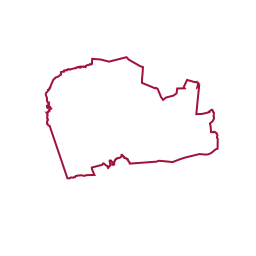 Hidalgo, Durango, Mexico, rotated 298°
{"feature_id": "50627088B92149873655635", "entity_name": "Hidalgo", "entity_type": "district", "adm_level": 2, "iso_a3": "MEX", "parent_name": "Mexico", "parent_adm1": "Durango", "projection": "orthographic", "projection_center": [-104.857, 26.045], "detail": "fine", "context": "isolated", "style": "outline", "palette": "rose", "viewbox_px": 256, "rotation_deg": 298, "n_neighbors": 0, "source": "geoboundaries", "source_scale": "gbopen_adm2", "svg_char_len": 5256}
<svg xmlns="http://www.w3.org/2000/svg" viewBox="0 0 256 256"><g transform="rotate(298 128 128)"><path d="M126.8,40.4L126.8,40.1L126.6,40.0L125.8,40.0L125.6,40.2L125.1,40.2L124.9,40.3L124.3,39.6L124.0,40.0L120.0,39.2L118.4,40.0L116.7,42.2L114.3,43.5L113.5,44.2L113.4,44.6L112.9,45.0L113.2,45.7L112.8,45.6L112.7,45.9L112.7,46.1L112.3,46.2L112.2,46.6L112.3,47.0L112.2,47.1L111.6,47.1L111.2,46.9L110.3,46.6L110.0,46.3L109.9,46.5L109.7,46.5L109.4,46.2L109.2,46.2L108.9,46.4L108.6,46.6L108.3,47.1L107.9,47.4L107.9,47.6L108.4,48.0L108.6,48.1L109.2,47.8L109.6,47.8L109.9,47.9L110.2,48.2L109.9,48.6L109.8,48.8L110.0,49.2L110.0,49.5L109.4,49.9L109.3,50.3L109.0,50.5L109.0,50.8L108.9,50.8L108.8,50.6L108.6,50.5L108.7,50.9L108.3,50.8L107.9,50.4L107.4,50.1L107.2,50.0L106.5,50.1L106.3,50.2L106.2,50.4L106.0,50.2L106.0,49.8L105.8,49.8L105.3,50.2L105.0,50.2L104.8,50.2L104.7,49.9L104.5,49.7L104.2,49.4L103.9,49.4L103.8,49.5L103.1,49.5L102.9,49.7L102.8,49.9L102.7,49.8L102.7,49.7L102.3,50.3L101.8,50.9L101.4,51.0L101.0,50.9L100.9,50.9L100.8,51.1L100.5,51.3L100.1,50.9L100.2,51.2L99.9,51.5L99.7,51.6L99.2,51.7L99.2,51.9L98.9,52.1L98.6,52.2L98.6,52.5L98.1,53.1L97.9,53.0L97.7,53.0L97.4,53.5L97.1,53.6L96.9,53.4L96.3,53.3L95.8,53.6L95.3,53.8L94.8,53.9L94.3,54.5L94.2,54.5L93.7,54.5L93.5,55.4L93.1,55.9L92.9,57.5L93.1,57.8L55.2,98.1L56.1,100.1L57.5,100.7L58.3,102.8L59.2,103.3L59.7,104.4L61.0,104.3L62.0,105.7L62.4,105.9L63.8,108.2L64.2,108.6L64.7,110.1L65.0,111.1L65.1,111.7L67.0,113.7L70.8,120.4L74.9,115.3L76.1,114.6L83.1,122.2L83.2,122.4L83.4,122.5L83.8,122.5L84.1,122.6L84.6,122.5L84.9,122.5L85.1,122.7L85.2,123.0L85.3,123.4L85.2,124.0L84.7,125.6L84.7,128.1L84.2,128.1L83.4,129.1L83.3,129.3L83.5,129.4L84.1,129.2L84.3,129.2L85.4,129.5L85.5,129.7L86.5,129.9L86.9,129.7L87.2,129.7L87.5,129.3L88.1,129.1L88.3,128.8L88.9,128.2L89.2,128.1L89.5,128.1L89.9,127.9L90.2,127.6L90.3,127.2L90.7,127.2L91.0,127.6L91.3,128.2L91.3,128.5L90.0,130.5L88.7,131.2L88.2,131.6L88.9,132.8L89.1,132.8L89.3,132.9L89.8,132.3L90.1,132.2L90.3,132.3L90.6,132.3L90.7,132.2L90.8,131.9L91.0,131.9L91.3,131.9L91.4,131.7L91.7,131.5L92.3,131.6L92.9,132.0L93.1,131.9L93.7,131.6L94.0,131.7L94.4,131.7L94.7,131.8L95.1,132.0L95.1,132.4L95.2,132.5L95.3,132.5L95.7,132.5L95.9,132.4L96.2,132.5L96.9,133.4L96.9,133.6L97.1,133.9L97.6,134.4L98.1,134.9L98.5,135.1L99.3,135.2L99.5,135.4L99.9,135.3L100.6,135.5L101.1,135.4L101.4,135.0L101.5,135.1L101.3,135.6L100.9,136.2L101.1,136.6L100.8,136.9L100.9,137.0L100.8,137.4L100.8,137.6L100.5,137.8L100.5,138.0L100.2,138.3L100.3,138.4L100.5,138.5L100.3,138.9L99.9,139.0L100.0,139.7L100.0,140.0L100.3,140.5L100.5,140.8L100.4,141.1L100.4,141.3L100.1,141.5L100.1,141.9L100.2,142.1L99.8,142.3L99.9,142.9L99.5,143.2L98.9,143.9L98.8,144.2L98.9,144.6L98.8,144.9L98.2,145.6L97.6,145.9L97.4,146.3L111.7,169.0L113.6,170.7L116.3,177.1L118.8,183.3L125.3,189.0L128.9,192.5L138.5,203.3L141.2,209.5L142.2,210.9L144.9,213.2L150.1,215.3L151.8,216.8L160.2,212.5L160.7,212.2L161.1,211.3L161.5,210.9L162.2,210.7L163.2,210.6L163.4,210.5L163.7,210.1L164.3,209.5L164.4,209.2L164.8,209.0L164.8,208.6L165.0,208.4L164.9,208.0L165.1,207.7L165.1,207.2L165.3,206.5L165.2,205.9L165.1,205.7L164.6,205.5L164.2,205.3L164.0,204.9L164.0,204.5L163.9,204.3L163.7,204.1L163.6,203.7L163.3,203.3L163.5,203.0L164.0,202.9L168.0,200.3L170.5,198.2L171.1,198.5L171.9,198.9L172.9,199.2L174.3,199.7L174.9,199.5L176.9,199.5L177.2,199.3L177.5,198.9L178.2,198.6L178.5,198.0L179.8,197.6L180.2,197.4L181.2,197.0L181.6,196.8L182.1,196.3L182.1,196.2L181.9,196.0L181.9,195.9L183.5,194.2L183.4,194.0L182.9,193.4L183.1,193.2L180.5,191.8L180.1,192.3L176.3,188.1L174.9,186.3L172.3,181.8L182.0,177.8L198.4,171.1L196.4,170.1L199.0,169.4L199.4,169.6L199.5,169.5L199.8,169.7L200.4,169.6L200.8,168.2L200.7,168.0L200.6,167.4L200.8,167.2L200.5,167.1L200.3,166.7L200.3,166.2L200.0,165.4L199.7,164.9L199.6,164.3L198.2,157.6L190.3,158.0L189.6,159.4L186.0,152.9L181.4,154.6L177.9,152.9L172.7,147.2L169.3,145.8L170.9,142.4L171.4,142.0L176.5,135.8L176.5,133.7L175.8,133.4L174.4,119.1L177.9,117.4L182.4,115.5L188.8,112.6L188.3,109.7L188.7,96.8L189.8,93.4L177.7,80.1L175.6,71.5L172.2,63.9L167.7,66.1L167.3,65.8L166.8,65.7L166.7,65.6L166.4,65.0L166.6,64.7L166.4,64.5L166.4,64.3L165.2,63.8L165.0,63.6L164.7,63.2L164.6,62.8L164.2,62.4L163.7,62.1L163.4,61.8L163.2,61.7L162.8,61.9L162.4,61.7L161.9,61.9L161.7,61.1L161.4,60.7L161.5,60.4L161.3,60.4L161.1,60.2L161.1,59.6L160.8,59.1L160.7,58.9L160.7,58.7L160.5,58.4L160.4,58.2L160.2,58.1L159.9,58.2L159.6,58.1L159.4,58.0L159.1,57.8L159.1,57.6L158.8,57.2L159.0,56.9L159.4,56.6L158.5,56.1L158.4,55.9L158.5,55.9L158.5,55.7L158.3,55.7L158.1,55.4L158.1,55.2L157.8,54.8L157.9,54.6L157.6,54.4L157.2,54.4L157.1,54.2L156.6,54.0L156.5,53.8L156.3,53.8L156.2,53.7L156.4,53.5L156.3,53.4L155.9,53.1L154.4,51.4L153.5,50.4L153.2,50.0L152.6,49.7L152.4,49.5L152.2,48.6L152.2,48.1L152.0,47.7L151.8,47.7L151.5,47.4L151.4,47.5L151.0,47.3L150.8,47.3L150.7,47.0L150.4,47.0L149.9,46.5L149.8,46.0L149.7,45.9L149.7,45.6L149.4,45.3L149.1,45.0L148.7,44.9L148.4,45.0L148.4,44.8L147.9,45.0L147.7,45.0L147.5,44.7L147.8,44.5L147.3,44.3L146.5,43.2L145.8,42.5L143.6,43.8L142.3,42.9L140.9,42.5L138.4,40.2L137.8,40.3L137.1,40.0L135.3,39.4L128.0,40.0L127.5,40.1L127.2,40.5L126.8,40.4Z" fill="none" stroke="#9f1239" stroke-width="2"/></g></svg>